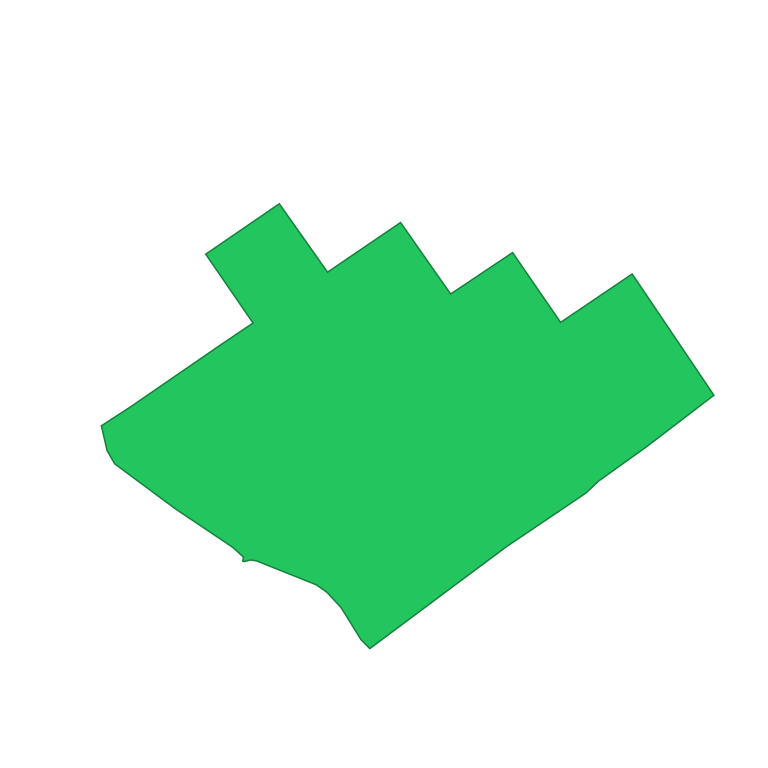 Lorain, Ohio, United States of America (Mercator projection), rotated 235°
{"feature_id": "52423323B65155384259912", "entity_name": "Lorain", "entity_type": "district", "adm_level": 2, "iso_a3": "USA", "parent_name": "United States of America", "parent_adm1": "Ohio", "projection": "mercator", "projection_center": [-82.147, 41.29], "detail": "fine", "context": "isolated", "style": "filled", "palette": "green", "viewbox_px": 768, "rotation_deg": 235, "n_neighbors": 0, "source": "geoboundaries", "source_scale": "gbopen_adm2", "svg_char_len": 615}
<svg xmlns="http://www.w3.org/2000/svg" viewBox="0 0 768 768"><g transform="rotate(235 384 384)"><path d="M591.7,401.6L592.6,312.4L509.1,311.7L509.8,269.9L510.7,162.0L511.9,128.5L493.8,121.2L488.5,119.0L473.1,117.6L428.9,132.3L400.3,141.9L337.2,166.3L322.8,169.6L320.0,166.7L318.8,167.5L316.4,173.8L312.4,178.0L258.1,213.5L245.9,217.8L225.4,220.6L187.7,218.5L175.4,220.6L177.9,304.5L178.1,309.1L180.5,391.6L179.0,476.7L178.9,487.5L181.4,504.2L182.0,563.0L185.6,647.8L331.8,650.4L333.2,564.0L417.9,564.7L419.5,490.2L506.8,490.2L508.0,401.9L591.7,401.6Z" fill="#22c55e" stroke="#15803d" stroke-width="1.5"/></g></svg>